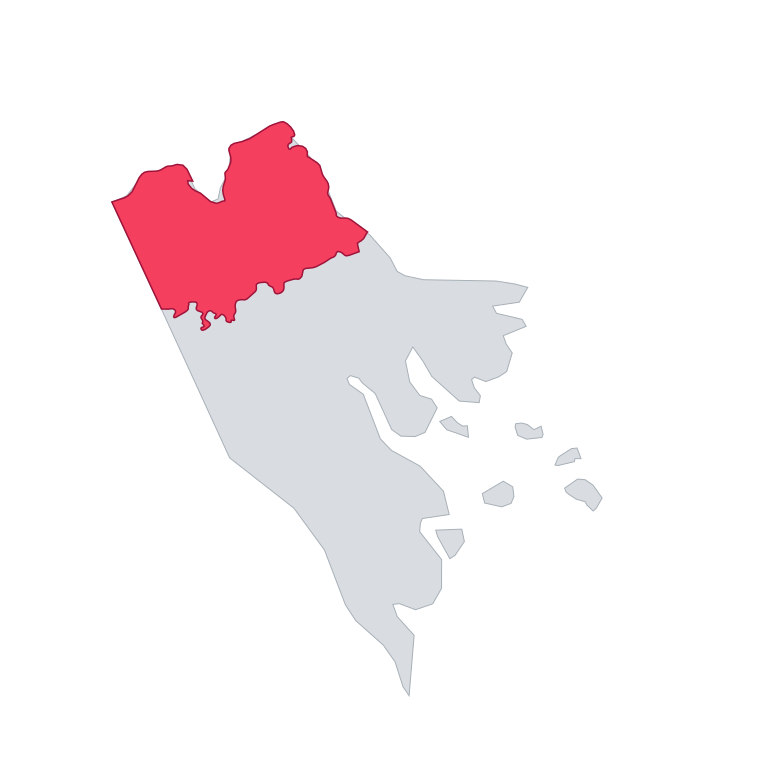 Guinea-Bissau, with Gabú highlighted, rotated 245°
{"feature_id": "GNB-777", "entity_name": "Gabú", "entity_type": "Region", "adm_level": 1, "iso_a3": "GNB", "parent_name": "Guinea-Bissau", "parent_adm1": "", "projection": "albers", "projection_center": [-14.296, 12.118], "detail": "fine", "context": "in_parent", "style": "filled", "palette": "rose", "viewbox_px": 768, "rotation_deg": 245, "n_neighbors": 0, "source": "natural_earth", "source_scale": "10m", "svg_char_len": 5817}
<svg xmlns="http://www.w3.org/2000/svg" viewBox="0 0 768 768"><g transform="rotate(245 384 384)"><path d="M90.9,275.0L101.5,273.3L127.5,276.6L147.7,273.0L162.0,266.8L181.4,258.4L200.1,255.7L258.6,259.9L309.5,249.9L347.4,230.6L382.3,212.9L427.5,213.2L476.0,213.5L544.8,213.9L599.4,214.1L663.8,214.2L663.2,230.2L674.6,252.6L672.9,269.4L668.1,285.3L663.8,291.5L658.1,295.2L640.9,295.1L633.6,298.3L622.1,304.5L621.8,311.8L631.0,318.7L638.5,328.5L647.3,336.1L662.4,344.9L663.8,354.7L664.3,379.4L663.5,398.7L621.1,412.8L588.5,415.3L560.9,413.8L548.9,419.7L524.9,434.2L495.5,442.9L480.5,443.5L473.3,448.7L461.9,463.7L429.9,529.2L419.3,544.9L410.8,555.1L401.0,541.2L408.7,515.4L400.5,515.8L384.2,536.5L376.2,537.2L377.4,512.5L368.4,511.6L357.9,513.3L343.4,500.4L342.0,490.8L343.2,477.3L352.1,468.8L350.9,465.2L342.4,464.2L332.7,466.4L326.9,462.4L336.7,445.0L370.7,430.5L387.9,429.0L405.4,425.8L395.9,413.2L375.1,408.2L358.5,411.6L350.1,420.7L339.9,422.1L322.8,400.7L323.2,390.0L329.6,377.3L339.5,371.7L379.0,372.0L394.0,364.9L400.0,363.6L405.8,357.1L404.6,352.8L398.2,352.5L383.4,360.9L335.9,357.5L320.8,362.6L294.3,382.0L261.7,392.6L238.2,387.9L245.9,361.8L242.5,358.2L235.1,353.9L200.5,362.0L174.5,349.8L164.2,335.3L166.1,317.2L178.5,305.0L180.5,298.9L167.5,297.7L143.5,305.1L90.9,275.0ZM204.0,530.7L188.5,533.5L181.6,523.7L180.5,519.9L188.6,516.7L192.2,516.6L198.4,509.5L206.0,504.8L209.4,503.3L213.3,503.7L216.0,519.3L212.2,525.9L204.0,530.7ZM245.5,451.0L236.4,457.2L227.1,454.2L222.1,448.7L222.9,438.8L233.6,424.9L243.1,426.8L245.5,451.0ZM229.7,369.1L219.6,393.1L207.3,390.3L198.7,376.0L197.8,369.9L222.9,368.1L229.7,369.1ZM279.3,500.5L279.3,508.5L271.1,506.9L268.8,504.5L273.7,490.0L280.9,483.5L289.7,484.6L292.3,486.6L290.5,492.2L286.7,496.8L279.3,500.5ZM312.7,437.4L310.9,441.9L300.0,438.0L316.1,421.5L326.5,418.7L326.1,431.4L318.0,434.1L312.7,437.4ZM246.2,526.4L244.4,531.9L233.1,531.0L235.7,525.5L233.2,523.8L236.6,507.2L238.3,504.7L243.8,510.9L244.5,513.5L246.2,526.4Z" fill="#d9dde1" stroke="#a8b0b8" stroke-width="1"/><path d="M670.5,289.2L667.3,294.2L661.8,296.2L648.7,296.4L651.2,292.0L647.9,291.0L642.7,292.3L639.0,294.5L634.4,298.4L622.7,303.8L618.5,308.6L618.1,310.7L618.0,314.9L617.2,317.0L618.7,317.8L623.8,318.5L627.7,319.7L631.3,322.0L635.1,325.6L637.0,327.0L642.3,328.9L643.2,330.0L643.7,331.5L644.7,333.4L649.0,338.1L651.2,339.7L654.4,341.0L661.2,342.1L663.0,343.0L665.1,346.2L665.4,349.9L663.7,357.9L663.1,366.1L666.1,389.2L666.0,392.8L665.1,401.2L664.1,403.8L661.0,406.1L656.4,408.0L651.4,408.9L647.5,408.4L646.4,406.9L646.8,405.5L646.7,404.2L643.9,403.4L642.3,402.4L641.7,398.5L640.0,397.3L637.1,397.2L636.5,398.3L637.4,400.5L637.0,405.0L636.4,406.9L633.9,410.6L630.6,412.6L626.8,412.7L622.6,410.6L621.1,411.8L612.8,416.9L609.2,418.2L600.7,416.9L597.7,416.9L591.9,418.0L589.2,418.1L586.1,417.3L584.2,416.2L582.6,414.8L580.9,413.6L578.9,413.2L574.5,413.8L558.4,412.8L557.3,412.1L556.3,412.0L554.2,413.1L552.7,414.8L550.5,419.6L549.2,421.5L546.7,423.5L528.8,433.3L528.8,433.2L524.4,427.0L523.4,423.6L523.4,422.2L522.7,419.3L514.4,417.4L515.4,406.4L516.2,403.8L516.8,403.2L517.6,402.7L520.7,401.3L521.8,400.5L523.2,398.9L523.5,397.7L523.4,396.7L522.7,396.0L521.3,394.7L520.8,393.7L520.4,392.4L520.5,388.7L519.4,381.5L519.0,372.5L519.2,370.3L519.5,368.6L521.8,361.9L521.9,360.3L521.6,359.2L520.9,358.5L517.0,355.6L516.2,354.8L515.7,353.8L515.1,352.0L515.2,350.8L515.5,349.9L515.9,349.5L516.6,348.1L517.3,345.7L518.2,340.2L518.3,337.6L517.8,336.1L517.0,335.6L514.1,334.3L512.5,333.4L511.7,332.7L511.0,331.7L510.3,329.8L510.3,328.1L510.7,325.8L511.3,324.7L512.1,323.9L513.2,323.7L514.2,323.7L516.6,324.1L517.6,324.1L518.5,323.9L519.3,323.5L521.4,321.7L522.2,321.3L523.2,321.1L524.1,321.2L525.3,320.6L526.6,319.1L528.2,314.8L528.6,312.5L528.4,310.9L527.8,310.2L527.0,309.7L525.0,309.0L524.1,308.5L523.3,308.0L522.8,307.4L522.4,306.8L522.1,306.2L519.0,295.9L519.0,294.4L519.2,293.1L520.3,291.2L520.9,289.9L521.5,287.6L521.5,286.3L521.2,285.1L520.7,284.4L519.2,283.0L517.6,282.1L516.8,281.7L513.5,280.8L512.6,280.3L511.8,279.8L511.2,279.0L510.1,277.4L509.4,276.7L508.5,276.3L505.3,275.7L505.0,275.3L505.0,274.8L505.2,274.5L505.5,274.1L506.0,273.5L506.3,272.6L505.8,272.1L504.9,271.8L504.7,271.1L504.9,270.4L505.4,269.6L506.0,268.9L506.7,268.2L507.5,267.8L508.2,267.7L509.7,268.4L510.7,268.6L511.8,268.5L513.0,268.3L514.1,267.9L514.9,267.3L515.7,266.4L515.7,265.8L515.6,265.1L515.1,264.1L514.2,260.7L514.3,259.4L514.7,258.6L515.4,258.4L515.9,258.6L516.4,259.1L517.3,260.7L517.9,261.2L518.7,261.2L519.4,260.8L519.9,260.1L520.6,259.5L521.6,259.0L522.6,258.7L523.8,257.6L524.1,256.5L524.1,255.3L523.7,254.3L523.2,253.4L520.7,250.4L520.0,249.8L519.2,249.4L518.3,249.4L517.4,249.7L514.7,251.2L513.9,251.6L512.9,251.9L511.8,251.9L510.9,251.4L510.2,250.2L509.6,248.4L509.0,244.9L509.2,243.1L509.6,241.9L510.4,241.4L511.4,241.4L512.3,242.2L512.3,243.2L512.1,244.4L512.3,245.3L513.1,245.6L514.0,245.5L515.6,244.9L516.0,245.0L516.5,245.4L517.1,246.1L517.9,246.4L519.0,246.4L521.1,246.1L522.0,246.4L522.7,247.0L523.4,248.7L523.7,249.1L524.3,249.5L525.1,249.6L525.9,249.3L526.4,248.9L528.7,246.6L529.4,246.0L530.3,245.6L531.4,245.6L532.3,246.0L533.1,246.6L534.4,247.9L535.0,248.3L535.3,248.5L536.2,248.6L536.8,248.6L537.1,248.4L537.5,248.2L538.2,247.3L539.0,245.9L540.0,243.3L540.2,241.9L539.8,241.0L539.1,240.9L538.4,240.7L537.1,239.4L535.2,238.6L534.5,238.0L534.0,237.2L533.3,234.6L532.4,223.4L532.8,222.0L533.5,221.7L534.2,222.1L535.6,223.4L536.7,225.0L537.4,225.6L538.3,225.8L539.3,225.8L540.3,225.4L541.2,224.5L542.1,223.2L542.9,220.4L546.0,214.0L596.0,214.1L664.0,214.3L662.5,227.3L662.8,231.7L664.7,237.0L674.4,249.2L676.5,253.2L677.1,256.5L676.4,259.9L673.0,268.0L672.6,269.7L672.4,272.2L673.0,277.9L672.8,280.1L671.3,284.0L670.5,289.1L670.5,289.2Z" fill="#f43f5e" stroke="#9f1239" stroke-width="1.5"/></g></svg>